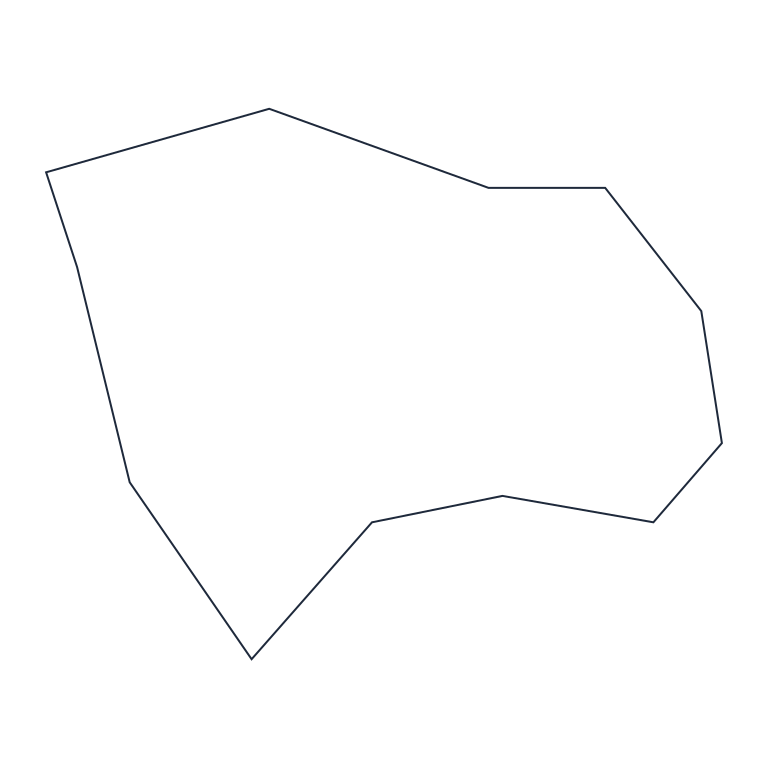 SVG path tracing the border of Salford
{"feature_id": "GBR-5676", "entity_name": "Salford", "entity_type": "Metropolitan Borough", "adm_level": 1, "iso_a3": "GBR", "parent_name": "United Kingdom", "parent_adm1": "", "projection": "natural_earth1", "projection_center": [-2.406, 53.486], "detail": "fine", "context": "isolated", "style": "outline", "palette": "slate", "viewbox_px": 768, "rotation_deg": 0, "n_neighbors": 0, "source": "natural_earth", "source_scale": "10m", "svg_char_len": 281}
<svg xmlns="http://www.w3.org/2000/svg" viewBox="0 0 768 768"><path d="M129.7,482.3L77.1,267.1L46.1,172.3L269.2,108.8L488.6,187.9L605.2,187.9L701.3,311.1L721.9,443.1L653.4,522.3L502.4,495.9L372.0,522.3L251.6,659.2L129.7,482.3Z" fill="none" stroke="#1e293b" stroke-width="2"/></svg>